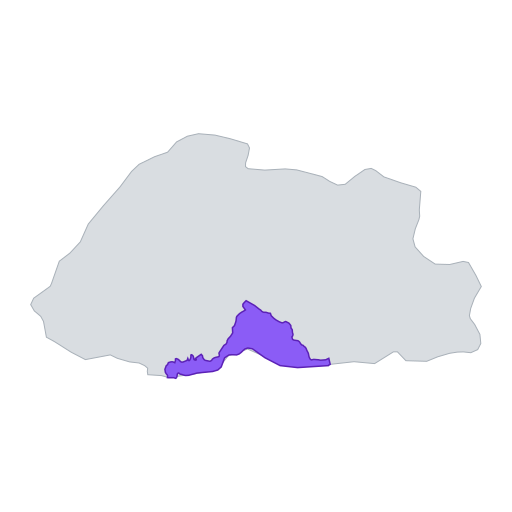 Bhutan, with Geylegphug highlighted
{"feature_id": "BTN-2482", "entity_name": "Geylegphug", "entity_type": "District", "adm_level": 1, "iso_a3": "BTN", "parent_name": "Bhutan", "parent_adm1": "", "projection": "orthographic", "projection_center": [90.239, 26.953], "detail": "fine", "context": "in_parent", "style": "filled", "palette": "violet", "viewbox_px": 512, "rotation_deg": 0, "n_neighbors": 0, "source": "natural_earth", "source_scale": "10m", "svg_char_len": 3875}
<svg xmlns="http://www.w3.org/2000/svg" viewBox="0 0 512 512"><path d="M419.7,216.2L418.9,219.6L415.3,228.8L412.9,238.8L415.1,246.9L423.7,256.5L435.2,264.1L449.7,264.5L463.1,261.4L468.5,262.5L475.9,275.4L481.3,286.5L474.4,298.2L470.7,308.4L469.4,315.6L470.3,318.7L474.7,324.5L479.9,334.4L480.8,343.5L477.7,349.6L470.8,352.7L463.4,351.9L457.3,352.1L449.6,353.3L437.7,356.8L426.7,361.3L405.9,360.7L397.4,351.8L393.5,351.8L374.6,363.6L354.0,361.7L316.4,365.9L300.7,366.8L284.5,365.6L276.3,363.1L261.2,355.0L247.4,349.0L233.4,354.5L228.5,355.5L217.2,369.6L192.9,374.2L168.6,377.5L161.5,375.6L147.8,374.7L147.3,371.4L147.7,368.2L144.6,365.6L139.1,363.0L129.6,361.9L117.3,358.3L110.3,354.9L85.4,359.6L71.0,352.1L54.6,341.7L46.4,337.2L43.5,321.4L40.7,316.3L34.3,310.9L30.7,304.6L33.7,298.2L50.2,286.3L51.5,283.5L59.3,261.2L69.9,253.1L80.3,241.9L88.3,224.0L103.5,205.6L120.1,186.8L131.5,171.5L139.1,164.3L154.6,156.7L167.6,152.2L176.6,141.9L187.4,136.2L198.5,133.7L215.0,135.1L230.5,138.8L247.5,143.9L249.5,148.0L248.1,155.4L245.6,162.8L245.5,166.6L248.1,168.7L264.8,170.1L285.2,168.9L296.7,169.9L322.2,176.6L329.7,181.4L337.6,185.1L345.2,184.3L354.8,176.4L364.9,169.5L371.2,168.4L375.7,170.6L383.9,176.9L400.8,182.8L415.8,187.2L420.8,191.4L419.3,210.0L419.7,216.2Z" fill="#d9dde1" stroke="#a8b0b8" stroke-width="1"/><path d="M181.5,374.4L180.4,374.2L179.9,374.0L178.8,373.0L178.3,373.0L177.5,373.6L177.3,374.3L177.2,375.0L177.1,375.4L177.1,375.7L176.9,376.6L176.5,377.6L175.8,378.3L175.4,378.3L174.1,377.8L173.5,377.7L168.1,377.7L167.4,377.6L167.5,377.0L167.5,375.4L167.2,374.8L166.4,374.0L165.4,372.4L164.9,369.3L166.3,365.6L167.5,364.7L168.4,362.6L170.8,361.9L171.5,361.8L172.5,361.8L173.0,361.9L174.8,362.7L175.0,361.8L175.2,361.4L175.4,360.8L175.5,360.2L175.4,359.0L175.8,358.7L176.5,358.6L178.3,359.4L179.2,360.2L180.6,361.6L181.5,362.1L182.8,362.1L186.3,360.7L187.1,360.3L187.8,358.4L188.1,359.2L188.1,359.6L188.3,360.0L188.5,360.3L188.9,360.6L189.4,360.5L189.8,360.0L190.4,358.8L190.8,357.6L190.9,356.5L190.9,355.1L191.2,354.7L191.8,354.8L192.9,355.7L193.4,356.7L193.7,357.9L193.8,358.9L194.1,359.6L194.7,360.0L195.5,360.2L196.0,360.1L196.2,359.5L195.9,359.5L195.6,359.3L195.2,359.0L195.7,358.3L196.3,357.7L201.2,354.3L202.5,355.8L202.7,357.5L204.2,359.7L205.1,360.3L206.9,360.7L209.9,361.3L211.0,360.8L211.8,360.1L212.4,359.1L214.1,357.9L215.5,357.4L217.9,356.9L218.8,356.6L219.3,356.0L219.3,354.9L219.3,354.5L219.2,354.2L219.0,353.8L219.0,353.3L219.1,352.7L223.9,345.4L226.1,344.0L227.0,342.3L227.1,340.8L228.2,338.7L230.5,336.3L232.7,332.9L232.4,327.7L234.5,325.6L235.8,321.8L236.1,320.4L236.4,317.4L236.8,316.4L238.7,314.4L239.7,313.5L241.9,312.0L243.5,311.2L245.4,309.9L242.9,306.5L242.9,304.2L244.2,302.6L246.1,300.7L254.6,305.5L259.0,309.0L260.7,310.1L261.7,311.3L262.5,311.8L263.1,312.1L263.7,312.3L264.3,312.3L264.9,312.3L265.7,312.3L266.4,312.4L268.4,313.1L270.4,313.3L271.2,315.7L273.6,318.1L275.9,319.9L279.3,321.8L281.3,322.6L282.1,322.8L282.8,322.8L283.5,322.5L284.6,321.9L285.7,321.5L288.9,323.1L290.1,324.6L290.8,325.5L290.9,327.1L291.2,328.4L292.1,329.4L292.3,330.2L292.4,331.8L292.5,332.7L292.9,333.9L293.0,334.6L292.7,335.8L291.9,337.0L292.6,339.4L293.8,340.1L297.9,340.7L298.6,341.1L299.5,341.9L300.6,343.7L301.5,344.7L302.1,345.1L302.8,345.2L303.4,345.6L304.1,346.5L305.4,347.3L306.4,349.1L306.7,350.1L308.1,352.8L308.4,353.6L309.0,356.7L309.9,358.7L310.6,359.5L311.4,359.9L313.7,359.4L318.7,359.8L319.9,360.1L320.6,360.2L325.6,359.8L326.0,359.7L326.5,359.4L328.8,358.3L330.2,364.3L329.8,364.6L329.5,364.8L328.7,365.1L328.4,365.6L297.6,367.6L280.1,365.6L264.9,357.7L252.4,348.8L247.8,348.0L245.0,348.9L243.1,350.5L241.3,352.3L239.1,354.0L236.6,354.9L231.6,354.7L229.1,354.9L224.6,357.8L221.2,367.0L217.8,370.0L212.7,371.5L197.2,373.0L188.7,375.3L185.8,375.5L184.4,375.3L181.6,374.4L181.5,374.4Z" fill="#8b5cf6" stroke="#5b21b6" stroke-width="1.5"/></svg>